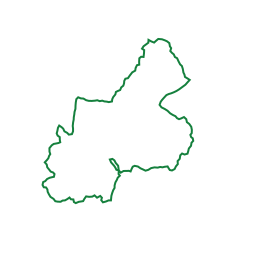 outline of Quatis, Rio de Janeiro, Brazil, rotated 202°
{"feature_id": "56859067B6635113522171", "entity_name": "Quatis", "entity_type": "district", "adm_level": 2, "iso_a3": "BRA", "parent_name": "Brazil", "parent_adm1": "Rio de Janeiro", "projection": "robinson", "projection_center": [-44.235, -22.362], "detail": "fine", "context": "isolated", "style": "outline", "palette": "green", "viewbox_px": 256, "rotation_deg": 202, "n_neighbors": 0, "source": "geoboundaries", "source_scale": "gbopen_adm2", "svg_char_len": 2936}
<svg xmlns="http://www.w3.org/2000/svg" viewBox="0 0 256 256"><g transform="rotate(202 128 128)"><path d="M116.7,54.5L118.0,58.9L118.3,62.0L118.4,64.9L118.0,67.4L118.9,69.7L119.3,72.9L118.9,75.8L118.9,78.1L117.7,80.7L119.5,81.8L120.7,85.3L118.0,83.9L116.0,86.5L113.1,87.7L111.2,88.6L109.3,88.7L109.3,91.6L109.1,93.9L107.7,95.4L104.4,96.0L101.3,95.3L98.7,95.2L95.8,95.0L93.5,96.8L91.5,99.5L88.7,101.4L85.6,102.4L83.6,103.9L81.2,104.5L79.6,105.7L76.9,107.2L75.1,105.8L73.5,104.7L71.3,105.1L69.4,107.4L69.2,110.4L68.3,113.2L69.6,115.9L68.5,118.8L69.3,122.2L68.3,124.6L65.6,124.6L63.2,126.5L63.5,129.2L63.9,131.8L62.9,135.1L63.6,138.1L62.7,140.5L64.1,142.7L66.0,143.2L67.6,145.0L67.0,147.1L68.1,150.2L69.8,152.8L72.7,154.7L75.6,155.5L77.3,158.0L80.2,159.1L82.4,156.7L84.0,155.3L86.2,155.5L88.4,156.7L91.4,156.9L94.4,157.4L97.8,158.8L101.1,159.4L104.7,159.7L107.4,161.3L107.5,164.7L106.9,166.9L106.1,169.2L104.7,172.9L102.9,174.8L101.1,176.2L98.9,178.3L96.9,180.5L95.0,183.1L93.1,186.2L91.0,189.6L89.8,193.0L88.8,195.7L91.2,196.2L94.3,196.7L95.7,198.7L97.4,200.2L99.3,203.3L101.3,205.7L103.5,206.5L106.3,208.9L108.6,211.1L111.1,211.4L113.1,213.4L115.6,214.2L117.6,215.2L117.9,218.2L119.7,219.4L121.5,222.2L124.3,223.0L126.6,223.1L129.7,223.0L133.3,221.9L134.6,219.5L135.8,217.0L138.9,217.0L142.0,217.4L141.1,214.7L142.3,212.7L144.2,209.6L144.7,206.8L142.2,206.3L141.2,203.4L140.2,199.7L142.5,199.0L143.6,196.9L142.5,193.6L141.3,190.9L143.2,189.6L143.4,186.5L142.8,183.9L144.9,181.2L146.0,177.3L146.7,174.2L148.9,172.7L149.1,170.2L148.4,168.0L148.2,165.5L149.5,163.1L149.5,160.3L151.3,158.5L152.7,156.9L152.3,154.4L153.3,151.1L153.4,148.8L152.8,146.6L155.5,144.8L157.5,144.5L159.9,143.8L162.1,143.7L164.3,142.3L166.9,142.2L168.8,141.0L171.6,139.6L174.4,138.5L177.3,138.1L180.3,138.6L182.8,137.8L185.7,137.8L186.7,135.4L186.0,132.2L185.1,129.3L183.9,126.0L183.6,122.9L182.9,120.5L182.3,117.7L181.5,115.4L181.0,112.7L180.0,109.2L178.7,106.8L177.7,104.3L177.7,101.3L180.4,99.7L182.5,100.7L185.7,101.1L187.8,103.1L189.9,103.9L192.7,104.5L193.0,101.9L192.4,98.9L192.1,96.3L190.4,94.6L187.9,94.0L186.7,91.3L185.5,89.4L186.9,88.0L188.7,86.8L190.9,85.4L192.2,83.4L193.3,79.9L191.9,76.6L190.3,74.7L190.7,72.5L190.5,70.1L191.2,67.8L192.3,65.0L189.7,63.7L188.1,61.3L185.7,60.0L183.3,58.6L180.8,58.7L178.9,57.8L178.4,55.0L180.2,53.8L182.0,52.5L183.9,50.4L184.8,47.8L186.4,46.1L185.9,43.2L183.9,41.5L181.7,42.2L179.7,40.8L178.6,38.8L176.6,37.0L174.1,35.1L170.5,34.4L168.0,32.9L165.5,33.4L162.8,34.4L161.5,36.2L159.3,37.3L157.7,39.3L156.2,41.6L154.2,40.5L151.9,41.3L150.4,39.1L148.3,38.8L146.0,41.1L144.0,42.3L142.2,43.4L141.9,46.0L141.2,48.9L138.3,49.6L135.4,51.0L133.8,53.0L130.6,51.8L128.3,54.6L126.1,53.6L125.8,51.1L123.4,49.7L120.9,51.6L118.9,53.6L116.7,54.5ZM120.7,85.3L123.1,84.9L125.1,86.7L126.8,87.8L128.8,88.8L130.8,89.8L133.0,92.0L130.9,93.5L128.5,92.9L126.3,91.0L123.0,89.3L120.7,85.3Z" fill="none" stroke="#15803d" stroke-width="2"/></g></svg>